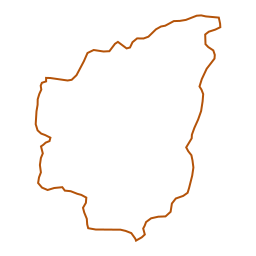 SVG path tracing the border of Nantou
{"feature_id": "TWN-1173", "entity_name": "Nantou", "entity_type": "County", "adm_level": 1, "iso_a3": "TWN", "parent_name": "Taiwan", "parent_adm1": "", "projection": "mercator", "projection_center": [120.982, 23.84], "detail": "fine", "context": "isolated", "style": "outline", "palette": "amber", "viewbox_px": 256, "rotation_deg": 0, "n_neighbors": 0, "source": "natural_earth", "source_scale": "10m", "svg_char_len": 1410}
<svg xmlns="http://www.w3.org/2000/svg" viewBox="0 0 256 256"><path d="M201.2,15.4L205.8,16.4L218.8,17.6L220.1,23.7L220.3,27.2L215.3,29.6L208.8,31.7L205.2,34.5L205.5,44.2L208.3,47.1L213.3,50.4L214.8,54.9L214.5,58.6L206.7,68.7L201.8,79.1L199.5,86.5L201.5,89.7L203.2,94.1L202.6,101.4L201.1,111.1L198.1,119.6L194.4,127.8L191.9,134.7L191.7,138.3L186.2,147.4L188.3,151.3L191.4,155.2L192.5,160.5L193.4,167.5L192.2,175.6L189.1,187.9L187.6,192.8L183.2,195.9L175.8,198.5L171.9,203.5L170.6,211.8L165.5,216.4L158.3,216.7L151.1,218.3L146.1,222.0L144.6,225.9L143.2,228.5L144.8,234.5L141.8,237.3L136.0,240.6L135.3,238.7L131.3,233.1L125.6,230.9L121.4,229.9L120.5,229.7L95.6,229.5L88.2,228.2L87.2,224.4L86.8,218.8L84.2,212.4L83.0,207.8L85.9,202.8L86.3,197.6L81.3,194.9L77.3,193.8L70.7,191.2L64.8,190.6L62.3,187.2L54.2,188.0L47.6,190.0L42.0,187.6L38.1,183.0L39.0,177.4L40.9,172.4L39.9,165.0L40.9,158.0L42.8,153.4L41.0,146.4L43.3,144.8L45.7,142.6L49.5,141.1L50.4,137.7L45.0,135.0L41.2,133.6L37.6,130.4L35.7,124.2L36.5,111.2L37.6,104.8L37.7,99.3L39.3,94.0L41.3,89.6L40.7,85.7L41.9,82.8L46.1,81.4L46.1,77.9L50.2,78.0L67.6,80.5L71.7,79.8L76.5,75.2L83.9,61.2L87.5,53.0L93.7,50.0L103.5,51.5L109.4,51.2L115.0,43.8L117.9,41.9L126.6,48.4L130.0,47.5L132.5,42.2L137.1,38.4L143.5,38.5L148.4,36.7L156.0,29.3L161.0,26.5L165.2,25.7L173.8,21.1L179.8,20.9L185.9,19.9L196.7,15.7L201.2,15.4Z" fill="none" stroke="#b45309" stroke-width="2"/></svg>